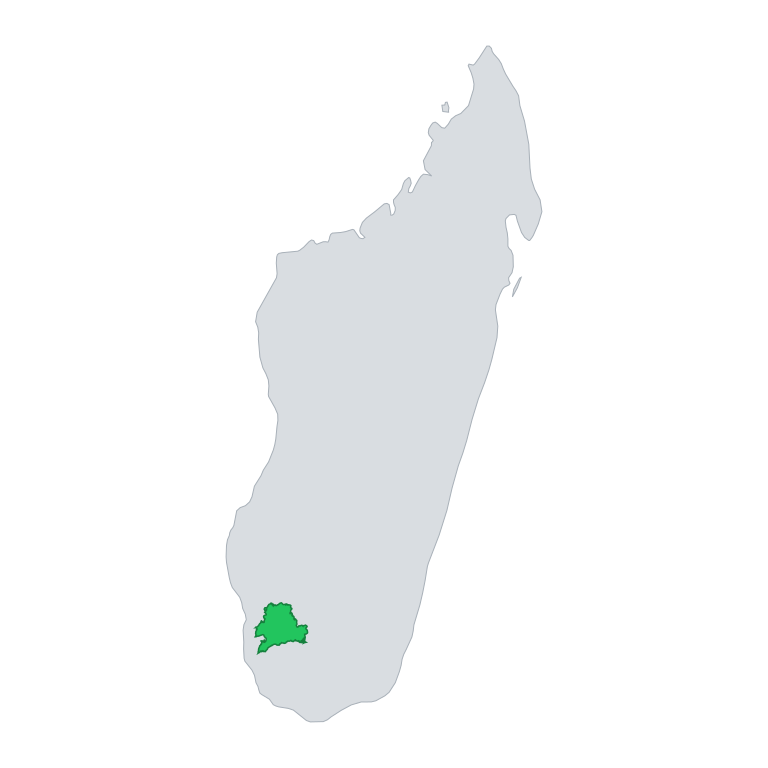 location of Betioky Atsimo, Atsimo-Andrefana, Madagascar
{"feature_id": "10022922B63491232053463", "entity_name": "Betioky Atsimo", "entity_type": "district", "adm_level": 2, "iso_a3": "MDG", "parent_name": "Madagascar", "parent_adm1": "Atsimo-Andrefana", "projection": "robinson", "projection_center": [44.506, -23.693], "detail": "fine", "context": "in_parent", "style": "filled", "palette": "green", "viewbox_px": 768, "rotation_deg": 0, "n_neighbors": 0, "source": "geoboundaries", "source_scale": "gbopen_adm2", "svg_char_len": 9030}
<svg xmlns="http://www.w3.org/2000/svg" viewBox="0 0 768 768"><path d="M501.3,63.7L503.3,69.0L505.6,74.0L512.9,86.2L516.0,90.8L518.6,95.8L519.9,105.7L524.5,121.1L528.8,144.3L530.0,168.1L531.3,179.0L534.6,189.2L540.1,199.9L541.9,211.7L538.3,223.9L533.3,235.4L532.0,237.5L529.7,240.5L528.6,240.4L524.7,237.4L521.5,232.5L517.4,221.1L516.0,215.3L514.3,214.4L509.5,214.9L506.0,218.5L505.3,220.8L506.0,227.2L507.3,233.0L507.9,238.9L507.9,246.3L509.2,248.6L511.1,250.4L513.0,255.3L513.3,266.8L512.0,272.7L508.6,277.7L508.8,280.5L510.0,283.3L508.8,285.0L504.3,287.2L502.5,289.1L500.0,294.2L496.0,304.6L495.4,309.9L497.8,326.1L497.0,337.6L491.8,359.5L488.9,369.9L484.7,382.4L478.4,398.8L472.1,419.3L466.7,440.5L462.8,453.2L458.3,465.8L452.1,487.9L446.9,510.4L439.1,535.2L428.5,562.8L427.4,566.4L425.1,580.5L422.7,592.7L419.9,604.8L413.9,624.9L413.2,631.0L411.9,637.0L406.2,649.5L403.8,654.2L402.1,659.2L401.1,665.4L399.4,671.5L395.3,682.7L389.1,692.3L384.9,695.8L375.8,700.8L371.3,701.9L361.1,702.0L351.3,704.9L341.1,710.4L331.2,716.8L327.4,719.8L323.3,721.6L310.3,721.9L306.4,720.5L293.4,710.1L288.4,708.4L278.8,706.9L275.9,706.0L273.3,704.7L269.4,699.2L261.8,694.6L259.9,693.1L258.8,689.9L258.0,686.5L256.0,682.7L254.5,675.3L252.0,670.2L244.9,661.2L244.1,658.3L243.6,648.7L243.8,642.2L243.1,630.3L243.9,624.7L246.3,619.7L245.3,614.2L242.7,608.5L241.7,602.6L239.7,597.2L232.3,587.5L230.5,582.7L229.3,577.7L226.5,562.3L226.1,556.9L226.5,545.5L227.5,539.7L229.3,535.6L229.8,532.6L231.0,529.9L232.7,527.8L233.9,525.4L236.7,510.8L240.2,507.6L245.4,505.7L249.6,501.9L252.0,496.8L254.4,486.2L261.0,475.7L263.3,470.2L268.6,461.9L273.3,450.1L274.8,444.6L275.8,439.0L277.0,426.5L277.9,420.4L277.7,414.2L275.0,407.9L268.6,396.5L268.3,394.4L268.9,385.9L268.3,379.8L265.9,373.7L262.9,367.9L259.9,357.1L258.4,339.3L258.7,332.9L257.8,327.2L255.6,321.7L257.2,312.2L276.5,277.7L277.1,273.6L276.3,263.1L276.7,257.0L277.4,254.7L278.9,253.4L282.2,252.7L297.8,251.2L299.8,250.2L303.7,247.2L309.1,241.6L311.5,240.0L313.7,240.6L315.0,243.0L316.8,244.3L323.1,241.8L325.5,241.7L328.0,242.1L329.1,239.8L329.8,236.6L330.7,234.4L332.4,233.1L340.6,232.5L345.7,231.6L352.5,229.4L353.9,229.8L359.3,237.7L360.9,238.4L363.0,238.7L364.9,237.3L360.5,233.1L359.8,230.8L360.1,228.1L362.4,222.4L366.4,218.1L375.1,211.5L384.2,203.9L386.9,203.4L389.1,204.6L390.8,213.6L390.6,215.0L392.0,215.2L393.7,214.1L395.2,210.5L395.3,207.5L394.1,204.6L393.5,202.2L393.5,199.9L398.1,194.6L401.7,189.5L403.4,183.5L404.9,180.7L408.7,177.5L409.8,178.0L410.7,180.6L411.2,183.3L410.2,186.0L408.8,188.6L408.3,192.2L410.4,192.9L412.4,192.0L415.4,185.6L418.8,179.5L420.9,176.4L423.4,174.2L427.6,174.6L431.7,176.0L425.1,169.6L423.4,160.8L431.4,145.7L431.5,142.5L432.7,141.5L433.2,140.3L429.1,135.2L428.3,132.6L428.9,128.8L430.9,125.4L432.7,123.0L435.2,122.1L437.3,123.4L441.7,127.6L444.7,128.2L448.3,124.2L451.3,119.1L455.7,115.7L460.8,113.5L468.5,105.6L473.6,89.0L474.0,84.1L472.9,78.2L471.2,72.7L468.2,65.7L469.0,64.1L473.2,65.1L474.6,64.1L479.2,57.9L486.8,46.1L489.3,46.1L491.4,48.3L492.2,51.5L493.7,53.9L498.7,59.5L501.3,63.7ZM448.5,110.4L448.6,112.2L442.8,111.5L441.9,105.2L444.8,105.0L445.4,102.4L447.1,102.1L448.9,107.7L448.5,110.4ZM517.4,287.7L512.4,296.9L513.8,289.2L519.6,278.2L521.2,277.3L517.4,287.7Z" fill="#d9dde1" stroke="#a8b0b8" stroke-width="1"/><path d="M287.0,604.2L286.9,604.5L286.8,604.4L286.6,604.5L286.7,604.3L286.5,604.2L286.4,604.1L286.2,604.1L285.9,604.0L285.4,604.6L285.2,604.6L284.6,604.4L284.4,604.4L283.7,604.5L283.3,604.6L282.8,604.3L281.8,603.1L281.4,602.9L281.2,602.8L280.5,603.1L280.2,603.3L279.6,603.4L279.2,603.9L278.7,604.2L278.3,604.6L277.8,604.9L277.3,604.9L276.8,605.4L276.3,605.6L275.7,605.5L275.5,605.2L275.4,605.0L275.0,604.9L274.8,605.0L274.7,605.2L274.5,605.3L274.4,605.4L274.2,605.3L273.4,604.5L273.4,605.5L273.2,605.9L272.7,605.2L272.2,604.8L272.2,604.5L271.9,604.3L271.7,603.9L271.8,603.5L271.7,603.3L271.6,603.2L271.3,603.1L271.0,602.9L271.0,602.7L270.8,603.2L270.4,603.9L270.2,604.0L269.4,604.2L269.0,604.4L268.7,604.7L268.5,605.1L268.0,605.6L267.9,606.2L267.1,607.2L266.8,607.8L265.0,607.7L264.5,608.5L264.2,609.1L264.8,610.4L265.0,610.5L265.3,610.4L266.6,609.4L266.6,609.6L266.5,610.1L266.3,610.2L266.1,610.7L265.8,611.0L265.3,611.7L264.9,612.0L264.6,612.3L264.8,612.6L265.3,612.7L265.5,612.8L265.8,613.5L266.1,613.9L266.3,614.6L266.2,614.8L265.9,615.0L265.0,615.2L264.1,615.7L263.9,615.8L263.6,616.4L263.6,616.6L263.7,617.2L264.0,618.0L264.3,618.4L264.8,618.5L265.0,618.8L265.0,619.0L264.8,619.5L264.5,619.9L264.3,620.4L264.2,621.0L264.2,621.4L264.0,621.6L264.3,621.8L264.3,622.0L264.2,622.2L263.8,622.5L263.4,622.4L263.2,622.1L262.6,621.8L262.3,622.0L262.2,622.2L262.1,622.4L261.9,622.4L261.7,622.2L261.9,621.5L261.8,621.1L261.6,620.8L261.3,620.9L261.2,621.1L260.7,622.5L260.4,623.3L259.9,623.5L259.6,623.8L259.1,624.6L258.9,624.9L258.8,625.3L258.6,625.6L257.3,626.7L257.0,626.8L256.7,627.1L256.2,627.3L255.6,627.7L255.9,627.7L256.0,627.7L256.1,627.9L256.1,627.7L256.3,627.9L256.8,628.0L256.7,628.0L256.8,628.2L256.7,628.3L256.8,628.4L256.7,628.5L256.8,628.7L256.8,628.8L256.7,629.0L256.8,629.0L257.0,629.3L257.0,629.5L256.7,629.8L256.5,630.4L256.1,631.1L255.8,631.8L255.8,632.4L255.6,633.5L255.9,634.5L256.0,634.9L256.0,635.2L255.7,635.9L255.2,636.8L255.5,636.8L256.5,636.6L257.3,636.2L257.8,636.1L258.9,636.1L259.2,635.9L260.5,635.4L262.9,634.6L263.4,634.8L263.8,635.1L264.4,636.7L264.9,637.1L265.1,637.5L266.0,638.1L266.2,638.5L266.2,639.1L266.1,640.0L265.7,641.2L265.5,641.6L265.2,641.8L264.9,641.9L264.2,640.2L264.0,640.6L263.8,641.2L263.8,641.5L264.3,642.0L264.3,642.3L264.0,642.4L263.8,642.2L263.7,642.0L263.1,641.3L262.7,641.0L261.9,640.9L261.2,640.9L261.0,641.0L261.7,642.0L262.0,642.3L261.7,642.6L261.6,643.1L261.6,643.5L261.4,644.1L261.3,644.3L260.8,644.3L260.7,644.5L260.7,644.8L260.7,645.0L260.2,645.5L259.7,645.8L259.6,646.0L259.5,646.9L259.1,647.6L258.9,648.2L258.6,649.0L258.7,649.4L258.5,649.9L258.6,650.2L258.6,650.6L258.3,651.1L258.1,652.3L258.3,652.9L258.2,653.1L258.7,652.8L259.3,652.6L260.2,651.8L260.4,651.3L260.7,651.1L260.9,651.1L261.6,651.6L262.0,651.0L262.2,650.8L262.7,651.3L263.0,651.5L263.8,651.5L263.8,651.2L264.2,651.4L264.4,651.5L264.8,651.6L265.5,651.6L266.0,650.5L266.8,649.9L267.1,649.4L267.4,649.2L267.7,648.3L267.8,648.1L268.0,647.8L269.3,646.9L270.1,646.5L270.9,645.9L271.4,645.7L271.7,645.3L271.9,645.3L272.0,645.5L272.5,645.1L273.9,644.3L274.6,644.2L275.8,644.2L276.1,644.4L276.5,644.9L277.2,645.1L279.3,645.1L279.7,644.6L279.8,644.4L279.7,644.1L279.8,643.9L280.1,643.7L280.5,643.7L280.9,643.5L281.5,642.6L282.4,643.0L282.8,643.0L283.4,642.9L283.9,643.3L284.1,643.3L284.3,643.2L284.8,643.3L285.9,642.8L286.2,642.2L286.5,641.9L287.1,641.8L287.5,641.2L288.5,641.1L288.8,641.2L289.8,641.1L290.2,640.9L290.8,640.4L291.2,640.5L291.7,641.2L292.7,641.3L292.8,641.5L293.0,641.6L293.4,641.5L293.8,641.0L294.3,640.8L294.6,640.8L294.9,640.1L295.1,639.9L295.4,639.8L295.6,640.0L295.9,640.6L296.1,640.9L296.7,640.7L297.0,640.9L297.3,641.0L297.6,641.2L297.8,641.2L298.2,640.8L298.5,640.7L298.6,640.8L298.7,641.2L298.9,641.6L299.3,642.0L299.4,641.7L299.4,641.3L299.5,641.2L299.9,641.3L299.9,641.8L299.7,641.8L299.6,642.2L301.2,642.6L301.8,642.5L302.2,642.0L302.0,641.5L301.6,641.1L302.0,640.8L301.8,640.5L302.4,640.3L302.9,639.8L302.9,639.6L302.9,639.4L303.3,638.8L303.7,638.5L304.1,638.3L304.2,638.0L304.6,638.3L304.4,639.3L303.2,639.2L303.1,639.3L303.8,639.7L303.9,640.0L303.0,640.5L302.3,640.7L302.5,641.0L302.9,640.7L303.0,641.5L303.8,641.5L303.7,642.2L303.0,642.2L302.9,642.5L303.5,642.6L303.9,642.5L303.6,643.1L304.7,642.6L306.1,642.3L304.6,641.4L304.8,639.6L304.9,639.2L305.1,637.7L305.2,637.3L305.1,637.2L304.9,637.2L305.1,636.4L305.0,636.1L304.8,635.7L304.7,635.4L304.8,635.2L304.7,634.9L304.8,634.6L304.7,634.3L305.2,634.2L306.1,634.0L306.6,633.7L307.4,633.1L307.6,632.1L307.3,631.1L307.3,630.3L306.4,629.3L305.9,628.9L305.8,628.3L305.9,627.9L306.3,627.6L307.0,626.8L307.1,626.3L306.4,625.7L305.6,625.1L305.1,625.2L304.5,625.6L304.1,625.6L303.8,625.6L303.1,625.9L303.0,626.2L302.2,625.4L301.9,625.3L301.2,625.4L300.7,625.6L300.3,625.9L299.1,625.8L298.7,626.0L298.5,626.4L298.4,626.7L298.1,626.9L297.9,626.9L297.3,627.1L296.9,626.9L296.7,626.2L296.4,625.8L296.3,625.5L296.3,625.3L296.6,624.6L296.9,624.2L296.8,623.4L296.7,623.1L296.7,622.9L296.6,622.3L296.6,621.6L296.8,621.2L296.8,620.7L296.7,620.5L296.6,620.3L296.3,620.2L296.1,619.9L295.8,619.8L295.6,619.1L294.9,618.8L294.4,619.7L294.1,619.5L294.1,619.2L294.3,618.5L294.0,618.3L293.8,618.1L294.1,617.2L294.0,616.9L293.7,616.5L293.5,616.1L293.3,616.0L292.9,615.9L292.5,616.1L292.1,615.7L292.0,615.1L292.4,614.4L292.1,614.0L292.1,613.5L291.9,613.2L291.6,612.9L291.4,612.8L290.9,613.6L290.6,613.6L290.1,613.6L290.0,613.0L290.6,612.0L290.7,610.3L291.0,609.9L291.9,608.9L291.9,608.7L291.7,608.4L291.6,608.2L291.1,608.0L290.8,607.6L290.6,607.6L290.6,606.6L290.8,606.2L290.9,605.8L290.8,605.5L290.3,605.1L289.3,604.9L288.5,604.8L288.5,605.0L288.0,605.0L287.8,604.8L287.5,604.8L287.5,604.5L287.0,604.2Z" fill="#22c55e" stroke="#15803d" stroke-width="1.5"/></svg>